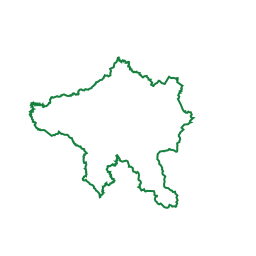 Mueang Phetchabun, Phetchabun, Thailand (Albers equal-area conic projection), rotated 222°
{"feature_id": "78962969B97134381081584", "entity_name": "Mueang Phetchabun", "entity_type": "district", "adm_level": 2, "iso_a3": "THA", "parent_name": "Thailand", "parent_adm1": "Phetchabun", "projection": "albers", "projection_center": [101.207, 16.368], "detail": "fine", "context": "isolated", "style": "outline", "palette": "green", "viewbox_px": 256, "rotation_deg": 222, "n_neighbors": 0, "source": "geoboundaries", "source_scale": "gbopen_adm2", "svg_char_len": 5773}
<svg xmlns="http://www.w3.org/2000/svg" viewBox="0 0 256 256"><g transform="rotate(222 128 128)"><path d="M86.2,179.1L87.5,178.2L88.9,178.4L89.4,178.8L89.5,180.5L91.8,181.7L93.1,180.6L94.2,180.5L94.1,179.1L95.1,178.2L96.6,178.7L96.7,177.9L97.5,177.8L99.8,178.4L104.1,180.6L110.4,183.0L110.3,184.5L111.0,185.7L112.6,185.9L113.3,188.5L112.6,189.3L114.2,189.9L113.7,191.1L113.1,191.4L114.1,192.8L114.7,192.8L114.7,193.5L115.5,194.0L115.7,195.2L116.1,195.3L116.0,195.8L122.0,195.0L122.5,195.8L123.8,196.4L123.4,197.1L124.6,198.3L126.0,196.5L127.6,195.8L129.2,194.0L131.8,193.5L130.2,185.3L133.0,184.0L136.0,184.1L136.8,183.7L136.5,181.0L137.1,179.8L137.6,177.1L137.2,176.3L137.6,176.0L138.3,176.1L139.5,175.6L140.0,175.9L140.3,177.9L143.4,178.1L143.6,179.0L145.1,177.7L146.3,178.7L148.2,178.6L148.9,179.2L150.5,177.3L150.7,175.6L152.7,175.5L153.6,175.9L155.2,175.4L155.9,176.7L158.6,175.3L159.3,175.6L160.1,174.1L161.1,173.9L161.3,173.1L163.4,173.1L164.4,173.9L165.8,172.8L166.4,173.5L166.3,174.1L167.7,174.7L168.9,173.8L169.4,174.3L169.1,174.6L169.6,175.8L170.5,176.1L170.8,177.3L171.6,177.7L172.2,177.3L172.8,175.3L173.5,174.8L173.9,175.5L175.6,175.8L176.3,175.1L176.2,174.6L177.2,174.8L177.7,173.3L177.1,172.6L178.4,172.4L179.2,172.7L179.5,172.4L180.0,173.0L180.2,172.6L181.1,172.7L181.6,173.6L181.9,173.2L182.3,173.7L182.5,173.2L181.3,171.4L180.7,168.9L181.3,166.9L179.3,163.7L180.9,160.0L178.7,158.9L177.9,157.0L176.3,155.4L177.1,153.2L178.3,153.3L179.6,151.9L180.4,151.7L180.0,151.1L180.3,150.2L179.5,149.0L179.8,148.4L179.5,146.7L180.9,144.7L181.2,142.4L182.3,140.5L181.6,139.3L182.0,138.1L181.6,137.6L182.2,134.2L181.8,133.2L183.0,131.3L183.1,129.9L185.7,128.3L185.6,126.7L187.1,125.7L188.6,125.4L189.5,124.1L189.3,121.5L187.5,120.4L187.5,119.4L188.7,118.9L189.0,117.8L191.4,117.6L192.1,116.6L191.4,115.7L191.9,115.3L191.9,113.8L192.8,113.7L193.1,112.4L194.9,111.1L198.1,110.1L199.5,107.6L199.1,107.2L199.7,105.5L200.9,104.5L201.9,104.3L203.7,100.7L205.1,100.2L205.5,99.3L204.9,99.0L205.1,97.2L202.9,95.0L202.7,94.3L203.5,93.7L203.0,92.3L203.3,89.6L204.6,88.5L204.8,87.1L205.5,86.8L206.2,88.4L206.9,88.1L206.7,87.5L207.4,88.3L207.5,87.4L208.8,86.4L209.2,86.6L209.0,86.1L210.1,86.2L210.4,85.4L210.1,85.0L210.6,84.4L210.9,84.9L211.6,84.6L211.8,85.2L212.3,84.5L212.8,84.6L212.7,83.7L212.1,84.1L212.3,82.9L213.1,83.5L213.5,83.1L213.9,83.7L215.3,83.6L215.2,82.8L216.1,82.3L216.3,81.8L215.7,81.6L215.7,81.1L215.1,81.3L215.2,80.3L214.6,80.6L214.0,79.4L213.6,80.4L211.5,78.8L210.8,79.0L211.4,77.9L210.7,77.5L211.2,77.3L211.4,76.3L210.7,76.9L210.1,76.4L210.8,76.2L211.4,74.5L210.7,74.5L210.5,74.0L210.1,74.3L210.0,72.5L209.4,72.7L209.2,72.3L208.7,72.9L207.8,71.5L206.8,71.8L205.3,70.4L204.2,70.5L203.2,69.2L202.7,69.5L202.3,69.1L201.1,70.0L200.0,70.1L199.5,69.4L199.7,68.3L199.3,67.6L198.3,67.6L196.6,66.8L195.6,67.1L194.0,66.7L193.8,67.4L193.2,67.2L192.7,67.8L192.4,67.4L191.7,67.7L188.8,70.5L179.5,71.1L178.7,72.9L177.6,73.6L177.7,74.9L176.1,77.0L176.1,77.8L176.9,78.5L177.0,79.0L173.5,79.0L173.2,79.6L170.5,80.6L168.6,82.3L167.3,82.5L166.0,81.9L164.4,82.0L162.9,82.9L159.7,81.1L159.3,81.4L158.1,80.6L156.6,80.4L156.3,80.9L155.3,80.2L154.4,80.5L154.0,81.3L151.6,81.6L151.0,82.5L148.8,81.7L146.9,82.7L146.9,82.3L145.6,82.4L145.2,81.9L141.8,81.7L142.8,79.1L142.0,78.7L142.2,77.3L141.8,76.7L141.0,76.6L140.0,74.8L137.5,72.7L136.6,73.0L136.3,74.2L134.8,73.2L133.9,71.9L133.9,71.0L132.6,69.7L132.8,68.9L131.5,69.0L130.4,67.9L129.6,67.6L129.3,66.6L127.8,65.9L127.7,65.1L127.0,64.2L127.5,64.1L128.2,62.4L127.7,61.9L127.8,60.2L126.7,59.3L126.0,59.3L125.0,60.1L124.6,61.3L123.1,60.9L119.9,61.2L118.8,60.7L116.3,61.8L114.7,61.8L113.7,61.5L113.2,60.6L111.7,60.9L109.8,60.1L108.7,60.4L105.4,60.1L102.6,57.7L102.4,58.1L103.3,60.1L102.6,61.2L102.6,62.1L103.6,63.2L103.3,63.5L103.8,63.5L104.4,64.6L104.8,64.1L105.0,64.7L105.6,64.8L106.1,66.3L107.5,67.6L106.5,68.8L106.8,69.5L106.4,70.3L107.5,71.3L107.3,72.6L106.8,72.1L104.0,72.5L103.7,73.3L104.1,75.1L103.2,75.9L103.4,77.5L102.5,77.9L102.5,78.9L102.9,80.0L104.3,79.8L104.7,80.5L106.0,79.5L107.1,80.2L108.2,80.0L108.6,80.2L108.4,81.1L109.1,81.8L109.9,81.3L110.6,81.7L110.5,82.2L110.9,82.5L111.2,81.9L112.0,82.7L112.6,82.3L112.5,82.9L113.3,82.2L116.2,83.0L116.5,85.0L117.5,85.8L117.4,86.5L115.8,87.5L115.1,90.9L113.7,90.5L112.5,91.3L113.0,92.1L112.7,92.5L113.3,92.8L112.5,94.1L113.2,94.8L114.4,94.8L114.0,95.1L114.6,95.8L114.3,96.5L115.0,96.5L114.9,97.3L115.4,97.4L115.5,98.2L118.1,99.6L117.9,100.5L113.7,99.6L112.1,98.5L109.8,99.1L107.5,102.6L105.9,103.0L102.0,100.7L101.4,99.8L99.9,101.2L97.5,101.4L96.0,99.7L94.9,99.2L93.6,100.0L91.7,100.1L91.6,101.6L90.4,101.7L88.3,100.4L85.8,96.7L85.0,96.4L83.6,97.0L81.8,96.1L81.3,94.9L81.6,93.9L80.3,92.9L80.7,91.1L78.6,91.6L77.7,90.9L76.2,90.6L75.9,91.6L75.3,92.0L75.1,93.2L73.1,92.4L72.4,92.6L71.9,93.9L66.5,98.4L65.1,97.7L63.5,95.9L62.4,96.1L61.1,97.0L60.8,96.4L61.4,95.2L60.6,93.2L58.8,92.2L56.7,92.2L55.4,91.7L53.7,92.2L53.1,93.8L48.3,93.5L46.6,94.1L45.2,95.2L44.9,96.3L45.7,98.7L43.8,99.4L42.5,99.2L41.4,100.8L39.9,101.3L39.7,102.1L40.6,103.2L41.1,105.0L42.5,105.3L42.7,107.5L45.5,108.8L46.2,110.9L49.0,111.0L50.4,112.1L51.8,110.5L53.6,110.9L54.7,110.2L57.7,110.3L60.1,108.7L61.9,108.7L63.8,110.6L64.9,112.7L66.8,114.1L67.9,117.0L71.3,116.8L72.8,118.0L73.0,119.4L75.0,119.9L75.7,121.2L78.8,122.3L80.7,122.1L81.7,123.4L83.0,124.2L85.3,124.4L88.4,128.3L88.5,131.8L86.5,134.4L85.4,135.0L85.3,135.9L83.5,137.9L83.2,139.0L83.4,139.7L83.0,140.3L82.0,140.2L80.0,141.6L78.4,142.3L76.7,142.4L75.9,143.0L76.1,144.0L79.0,147.1L79.4,148.1L80.9,149.0L81.2,150.0L80.4,151.9L81.2,152.9L81.7,154.6L83.3,155.7L84.8,155.9L85.6,156.9L85.8,159.1L86.2,159.5L85.7,163.9L88.4,164.0L88.5,168.2L85.9,171.0L85.8,173.1L85.2,174.1L85.8,173.9L86.7,174.9L86.2,179.1Z" fill="none" stroke="#15803d" stroke-width="2"/></g></svg>